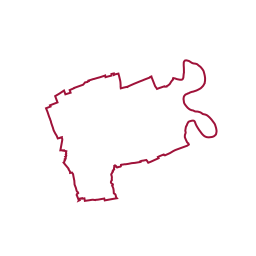 Cotusca, Botosani, Romania (orthographic projection), rotated 24°
{"feature_id": "2599482B53083625185790", "entity_name": "Cotusca", "entity_type": "district", "adm_level": 2, "iso_a3": "ROU", "parent_name": "Romania", "parent_adm1": "Botosani", "projection": "orthographic", "projection_center": [26.878, 48.123], "detail": "fine", "context": "isolated", "style": "outline", "palette": "rose", "viewbox_px": 256, "rotation_deg": 24, "n_neighbors": 0, "source": "geoboundaries", "source_scale": "gbopen_adm2", "svg_char_len": 5586}
<svg xmlns="http://www.w3.org/2000/svg" viewBox="0 0 256 256"><g transform="rotate(24 128 128)"><path d="M146.4,196.7L145.6,196.3L145.3,196.0L144.7,195.3L144.4,195.0L144.3,194.7L143.7,194.0L143.2,193.7L141.8,193.5L141.5,193.3L141.4,193.1L141.3,192.8L141.2,192.6L140.7,191.7L140.2,190.7L139.6,189.9L139.5,189.6L138.9,188.9L137.9,187.9L137.0,187.2L137.3,186.6L137.3,186.0L137.1,185.6L136.6,185.5L136.1,185.5L135.2,185.2L134.7,184.8L134.4,184.4L134.3,183.8L134.3,183.0L134.5,182.1L134.4,181.9L134.1,181.6L134.0,181.4L133.3,179.5L132.4,178.2L132.1,178.0L131.8,177.6L131.5,177.1L131.5,176.8L131.7,176.3L131.7,175.3L131.6,174.7L132.0,174.2L132.0,173.9L131.5,173.3L131.6,173.0L131.5,172.8L131.9,172.2L132.2,171.5L132.2,171.4L131.8,171.1L131.6,170.5L131.5,170.1L131.4,169.8L131.4,169.3L131.2,169.0L131.0,168.5L130.8,168.2L131.1,167.7L131.3,167.4L131.5,167.4L133.0,167.8L133.3,168.0L133.5,168.5L134.0,168.5L134.4,168.3L135.6,167.1L136.2,166.8L136.8,166.3L137.0,166.0L136.9,165.2L136.6,164.5L136.8,164.3L137.1,164.1L138.0,163.6L139.5,162.6L140.6,162.1L143.2,160.4L145.7,158.6L148.4,157.1L153.0,154.1L153.2,153.9L152.7,153.5L152.8,153.3L153.2,153.2L154.0,152.3L154.3,152.1L155.2,151.6L156.0,151.0L157.2,150.2L157.7,149.8L158.7,150.2L160.6,151.5L162.3,149.8L166.3,145.3L168.2,143.2L167.1,142.3L168.5,140.7L170.6,138.5L171.3,137.8L171.6,137.9L171.8,137.8L172.0,138.1L172.4,138.1L172.5,138.3L172.4,138.5L175.7,134.8L176.5,133.9L178.8,130.6L180.3,128.8L183.8,125.4L189.3,120.1L190.3,118.4L189.8,117.9L189.4,117.5L188.8,117.4L187.8,117.0L185.9,115.4L184.5,114.1L183.6,113.2L183.0,111.7L182.8,111.1L182.7,109.5L182.6,108.9L182.3,108.3L181.5,107.3L181.3,106.7L180.5,103.7L180.4,102.7L180.6,102.3L180.6,101.5L180.5,100.7L180.5,99.8L180.6,99.2L180.6,98.6L180.6,98.3L180.7,98.1L181.1,97.3L181.5,96.9L183.3,95.4L184.2,94.9L184.7,94.7L185.2,94.6L185.8,94.7L186.0,94.8L186.5,95.1L188.7,97.3L190.1,98.4L191.8,99.6L192.5,100.0L193.1,100.5L196.3,102.3L196.6,102.5L198.3,103.4L199.6,103.9L200.5,104.2L201.5,104.4L202.2,104.4L203.1,104.4L203.7,104.3L205.3,103.8L206.3,103.3L207.1,102.8L208.3,102.1L209.2,101.3L209.6,100.9L210.1,100.2L210.7,98.8L210.9,98.3L210.9,97.7L210.6,96.3L210.4,95.4L209.9,94.3L208.9,92.8L208.4,92.1L206.3,89.7L205.4,88.9L204.4,88.3L200.8,86.3L198.3,85.2L196.1,84.5L194.6,84.2L193.1,84.3L191.1,84.7L190.5,84.8L189.0,84.4L188.0,84.3L187.3,84.3L185.3,84.6L184.6,84.8L183.5,85.3L182.3,85.6L180.3,85.5L178.7,85.9L176.7,85.9L175.4,85.6L174.1,85.2L172.4,84.4L170.4,83.3L169.7,82.8L169.2,82.4L168.7,81.8L167.3,79.5L166.9,79.0L166.8,78.5L166.6,77.9L166.3,76.6L166.3,76.2L166.6,75.0L166.8,74.3L167.1,73.8L167.9,73.1L168.4,72.3L169.2,71.7L170.1,70.5L171.4,69.2L172.8,68.2L175.3,65.9L176.5,64.5L177.8,62.8L178.3,62.0L178.7,61.1L179.3,59.4L179.5,58.8L179.6,57.9L179.8,55.7L179.6,55.4L179.2,53.6L178.1,51.0L176.9,49.1L175.8,47.6L174.0,45.4L173.3,44.8L172.2,44.1L170.3,43.1L169.1,42.6L167.6,42.3L166.5,42.0L165.6,41.7L165.0,41.6L163.5,41.8L161.5,42.4L160.6,42.5L159.7,42.5L156.5,42.0L155.8,42.1L154.0,42.4L153.5,42.6L152.7,43.1L152.5,43.3L152.4,43.6L152.2,44.8L152.3,45.5L153.3,47.9L154.7,50.6L156.6,54.7L156.8,55.7L157.7,58.4L158.0,59.2L158.1,59.8L158.1,60.9L157.9,61.4L157.6,61.9L157.1,62.2L156.5,62.5L155.7,62.8L153.1,63.4L152.4,63.5L150.7,63.6L149.6,63.9L149.0,64.0L149.0,64.6L149.4,65.5L148.9,66.8L148.7,67.8L148.5,68.7L148.5,69.1L148.2,71.1L147.8,71.8L147.4,72.7L147.1,73.1L146.3,74.1L146.5,74.2L146.5,74.4L145.4,75.0L145.0,75.2L144.7,75.3L144.3,75.1L141.6,77.6L141.4,77.9L141.0,78.1L138.6,80.5L137.9,80.0L135.8,78.8L128.8,71.9L128.4,71.4L128.1,71.7L127.4,72.5L127.4,73.0L123.2,77.2L122.0,78.5L119.9,80.6L115.5,85.2L110.8,90.4L110.6,90.7L110.7,90.9L110.5,91.0L110.4,91.0L110.2,90.9L107.4,93.0L105.3,94.7L104.5,93.4L103.9,92.0L102.6,89.5L101.8,88.2L98.6,84.0L98.0,83.3L97.1,82.2L93.8,84.7L93.8,84.8L93.8,85.0L93.6,85.2L93.4,84.7L92.9,83.9L90.9,85.4L91.6,86.8L91.3,87.1L88.6,89.2L86.8,90.7L85.8,89.3L85.1,90.0L81.9,92.9L80.1,94.4L79.7,94.7L76.9,97.1L76.4,97.4L75.3,98.4L72.7,100.7L73.1,101.1L72.2,102.0L72.2,102.5L70.2,103.8L70.1,104.3L69.4,106.7L62.5,113.3L62.6,113.5L59.3,117.1L61.2,119.1L57.1,122.7L55.6,121.1L54.3,119.8L51.6,124.1L48.5,128.5L53.2,133.3L47.5,139.0L48.5,139.9L45.1,143.3L46.0,144.2L47.8,145.9L51.1,149.5L52.3,150.7L52.9,151.2L54.0,152.5L54.8,153.2L55.0,153.5L55.3,154.0L55.9,154.7L58.5,157.5L58.8,157.8L59.2,158.2L60.7,160.0L61.3,160.6L63.8,162.6L66.0,164.1L68.1,166.1L70.4,164.3L70.3,164.1L71.3,163.3L71.5,163.8L72.5,164.9L72.9,166.0L74.2,171.3L74.8,173.8L75.3,175.9L78.2,174.6L78.2,175.0L79.6,174.6L81.1,174.3L81.2,174.8L81.1,175.0L81.4,175.5L81.5,176.0L81.9,176.3L82.1,177.0L81.9,177.4L82.1,177.6L82.8,178.2L82.8,178.8L82.7,179.0L82.9,179.5L82.5,179.8L82.8,180.0L83.0,179.9L83.1,180.7L83.4,181.1L83.2,181.3L83.1,181.6L83.2,181.9L83.0,182.1L83.2,182.3L83.3,182.3L83.5,182.4L83.5,182.9L83.1,183.1L83.1,183.3L83.4,183.6L83.4,184.2L83.6,184.8L83.3,185.6L83.2,185.8L85.7,187.1L90.2,189.3L90.3,189.6L90.4,189.8L91.9,190.9L92.5,191.2L93.0,191.8L93.4,192.6L94.9,191.5L96.6,192.5L97.5,193.9L100.4,198.0L102.2,201.4L104.9,204.1L106.3,205.9L107.1,206.7L107.5,206.9L108.2,207.0L108.4,207.2L108.9,207.6L109.0,207.7L108.9,208.0L108.3,208.9L108.2,209.6L108.3,210.0L108.5,210.3L109.1,210.7L109.8,211.5L110.2,211.8L111.0,212.6L111.3,213.0L111.9,213.4L112.3,213.9L112.5,214.2L112.5,214.4L113.3,213.5L112.4,212.3L114.6,210.8L114.9,211.2L116.8,210.0L117.4,210.9L118.2,212.1L121.6,210.0L124.2,208.3L124.7,208.0L125.3,207.7L126.5,207.5L127.1,207.1L127.5,207.1L127.6,206.9L129.0,206.0L129.4,205.9L135.0,202.1L136.2,203.6L145.0,197.6L146.4,196.7Z" fill="none" stroke="#9f1239" stroke-width="2"/></g></svg>